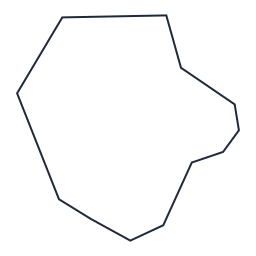 Margilan city, Ferghana, Uzbekistan
{"feature_id": "79887680B77286395999691", "entity_name": "Margilan city", "entity_type": "district", "adm_level": 2, "iso_a3": "UZB", "parent_name": "Uzbekistan", "parent_adm1": "Ferghana", "projection": "mercator", "projection_center": [71.731, 40.482], "detail": "fine", "context": "isolated", "style": "outline", "palette": "slate", "viewbox_px": 256, "rotation_deg": 0, "n_neighbors": 0, "source": "geoboundaries", "source_scale": "gbopen_adm2", "svg_char_len": 275}
<svg xmlns="http://www.w3.org/2000/svg" viewBox="0 0 256 256"><path d="M238.9,130.3L234.7,104.4L181.0,67.8L166.3,15.4L62.3,17.4L17.1,93.3L59.0,199.3L91.1,219.1L130.3,240.6L163.3,225.2L191.8,162.5L223.1,151.9L238.9,130.3Z" fill="none" stroke="#1e293b" stroke-width="2"/></svg>